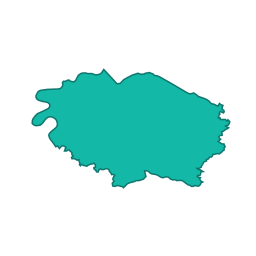 São Miguel do Iguaçu, Paraná, Brazil, rotated 112°
{"feature_id": "56859067B79605387637563", "entity_name": "São Miguel do Iguaçu", "entity_type": "district", "adm_level": 2, "iso_a3": "BRA", "parent_name": "Brazil", "parent_adm1": "Paraná", "projection": "natural_earth1", "projection_center": [-54.239, -25.398], "detail": "fine", "context": "isolated", "style": "filled", "palette": "teal", "viewbox_px": 256, "rotation_deg": 112, "n_neighbors": 0, "source": "geoboundaries", "source_scale": "gbopen_adm2", "svg_char_len": 3662}
<svg xmlns="http://www.w3.org/2000/svg" viewBox="0 0 256 256"><g transform="rotate(112 128 128)"><path d="M68.7,118.2L68.7,120.7L69.4,123.0L68.5,125.2L68.6,126.7L68.6,129.1L69.7,130.5L70.4,132.1L71.8,133.2L73.5,136.4L73.5,139.3L74.9,140.9L77.3,143.8L78.7,145.1L79.8,145.7L80.8,146.9L82.2,148.0L84.9,150.1L89.6,151.9L91.1,154.8L82.8,172.4L84.3,172.7L86.9,173.2L88.9,174.5L90.9,177.9L91.1,182.1L92.5,185.3L93.0,188.4L94.5,191.5L96.3,192.9L97.8,193.8L100.4,194.1L103.2,194.3L105.0,195.1L105.8,196.2L106.2,199.2L105.6,200.5L106.5,202.2L107.9,203.1L108.9,205.4L110.5,205.8L112.0,204.8L113.7,204.4L116.0,205.1L117.3,206.1L118.4,208.2L119.6,211.0L122.7,217.8L123.6,219.3L125.1,221.9L126.1,223.5L127.8,224.9L129.1,225.1L131.1,225.4L132.5,225.4L134.1,224.7L135.1,223.7L135.7,221.9L135.7,220.5L135.5,218.4L135.3,216.6L134.9,215.0L134.6,213.6L134.5,211.3L135.6,209.3L137.5,208.6L139.5,209.1L140.9,210.1L142.3,211.4L143.6,212.5L145.8,214.6L148.5,217.2L150.0,218.0L152.3,218.8L155.2,219.5L156.8,219.5L159.7,218.5L160.4,216.6L160.5,214.9L160.0,213.5L159.3,212.2L158.2,210.4L156.3,209.4L154.7,208.7L152.6,208.3L151.3,207.9L150.1,207.4L148.4,206.5L147.4,205.5L146.5,203.8L146.3,201.5L146.5,199.7L147.1,198.2L147.8,197.1L149.6,195.6L150.8,194.9L153.1,194.5L155.0,195.1L157.2,196.3L159.5,197.5L160.6,198.1L163.0,198.9L164.7,198.6L166.5,197.1L167.8,195.4L169.0,193.3L170.4,191.0L172.5,187.9L171.1,186.7L171.8,185.3L172.7,183.9L170.6,183.3L168.7,181.8L168.8,180.0L169.4,178.1L170.9,178.4L173.1,178.3L172.3,176.3L171.0,175.7L170.4,174.4L171.2,172.9L171.7,170.9L173.7,170.1L174.4,168.3L176.5,169.4L177.6,168.3L176.6,167.0L176.6,165.5L176.9,163.0L175.7,161.7L177.1,161.0L178.7,159.4L180.0,159.4L180.9,158.0L179.2,157.5L179.3,155.6L179.1,153.5L178.8,151.8L177.7,151.3L175.6,149.2L174.7,147.6L173.4,146.5L174.3,144.5L176.4,143.5L177.5,144.8L178.6,144.3L179.4,141.9L180.5,140.7L180.0,139.2L177.9,139.2L176.1,138.2L176.4,136.7L175.6,135.0L174.7,134.0L173.7,132.9L173.5,131.5L173.9,129.7L175.0,129.2L176.3,126.9L177.4,125.7L176.5,124.3L176.8,122.5L178.4,123.0L180.6,123.1L181.8,122.3L182.7,121.0L185.1,121.9L186.5,121.1L187.5,120.4L187.1,118.4L185.1,116.0L184.8,113.0L184.4,111.0L185.1,109.9L183.4,109.1L181.4,108.3L180.0,107.7L178.3,106.1L175.1,101.8L173.8,100.8L172.5,97.8L171.3,96.6L170.4,95.3L169.3,94.3L167.8,94.0L166.4,93.1L161.6,96.6L160.6,94.3L160.6,92.8L161.4,90.8L161.7,89.1L160.9,85.6L160.6,83.1L161.0,81.1L161.3,78.7L161.0,76.8L159.7,75.5L158.6,73.3L158.5,71.8L159.4,69.6L159.4,67.1L158.3,64.9L158.5,63.0L157.6,61.3L156.5,58.5L156.7,56.8L157.1,55.4L157.6,53.6L158.2,50.9L157.9,49.3L158.4,47.4L157.5,45.3L156.2,44.6L156.1,42.8L155.4,40.7L153.4,39.7L151.8,39.9L150.1,38.5L149.8,40.7L148.4,42.6L147.0,42.3L147.4,43.6L147.2,45.6L145.9,45.7L145.2,43.5L143.2,43.5L141.3,44.0L140.3,42.1L139.7,45.3L140.2,47.4L139.6,48.9L138.9,47.1L136.9,45.4L135.3,45.6L133.9,45.2L131.1,44.9L129.1,42.8L127.9,43.5L126.3,41.6L124.5,41.6L123.6,39.7L122.2,39.2L120.8,39.5L119.9,37.8L118.3,35.8L117.9,33.7L115.3,32.1L113.8,31.6L112.3,30.6L110.7,31.4L108.8,30.9L108.1,32.1L106.8,33.0L107.6,35.0L106.7,39.4L105.2,38.5L103.7,37.9L103.4,39.5L102.0,40.6L100.4,39.7L99.5,38.0L98.0,38.6L96.6,39.8L95.1,38.3L92.7,36.9L91.3,35.5L90.1,34.8L89.7,38.3L88.7,37.5L87.8,36.1L85.2,35.8L84.0,36.0L82.9,38.4L84.5,38.8L83.6,40.9L85.5,45.4L84.0,46.6L84.7,48.1L83.5,48.2L81.8,48.5L80.7,48.0L79.6,49.0L78.1,48.6L78.2,45.1L77.0,44.9L75.9,45.6L75.3,47.6L73.5,48.6L71.5,48.4L71.6,50.5L71.0,52.4L73.9,52.8L74.0,54.9L73.7,56.7L74.2,60.1L72.8,62.8L72.1,65.7L72.1,69.7L72.4,74.4L71.4,77.5L70.9,80.4L71.9,81.4L72.8,82.7L73.3,84.4L73.2,86.4L72.8,89.0L70.3,105.8L68.7,118.2Z" fill="#14b8a6" stroke="#0f766e" stroke-width="1.5"/></g></svg>